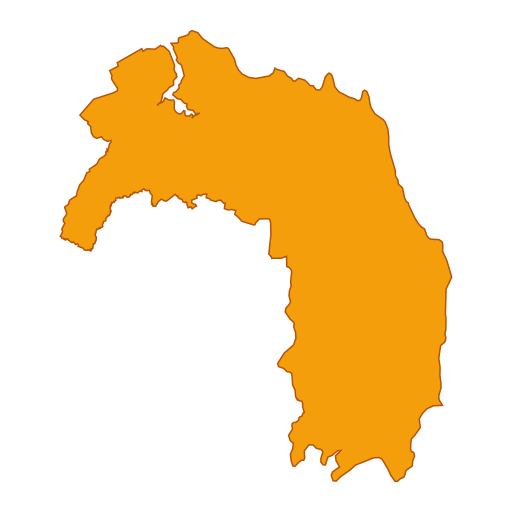 outline of Temeke, Dar-Es-Salaam, United Republic of Tanzania
{"feature_id": "72390352B94835751472469", "entity_name": "Temeke", "entity_type": "district", "adm_level": 2, "iso_a3": "TZA", "parent_name": "United Republic of Tanzania", "parent_adm1": "Dar-Es-Salaam", "projection": "robinson", "projection_center": [39.284, -6.996], "detail": "fine", "context": "isolated", "style": "filled", "palette": "amber", "viewbox_px": 512, "rotation_deg": 0, "n_neighbors": 0, "source": "geoboundaries", "source_scale": "gbopen_adm2", "svg_char_len": 5955}
<svg xmlns="http://www.w3.org/2000/svg" viewBox="0 0 512 512"><path d="M160.6,45.4L155.1,49.2L146.9,48.8L142.9,51.4L141.7,48.7L117.2,62.7L118.3,66.1L109.7,70.6L112.0,75.9L111.5,77.5L111.9,79.7L117.6,88.5L117.2,90.9L113.2,92.9L93.7,99.2L79.9,115.1L84.1,119.5L88.2,121.6L87.6,123.6L90.7,126.5L91.4,132.9L93.4,136.5L96.7,138.4L101.5,136.7L103.6,139.4L107.3,141.3L111.0,140.5L110.9,142.0L109.6,143.9L107.7,150.8L107.0,149.6L106.8,151.7L105.8,151.9L106.1,154.1L104.2,156.1L99.4,159.0L97.4,163.2L96.2,164.5L89.3,169.2L89.7,171.5L86.8,172.8L83.7,180.3L79.8,184.7L77.2,191.7L76.4,195.9L70.5,199.5L69.6,200.4L68.3,204.4L65.0,206.7L64.7,207.6L66.7,213.2L66.2,214.9L63.4,218.9L63.3,221.3L64.8,223.2L61.8,229.2L62.6,231.6L60.3,236.4L61.5,237.0L62.0,238.3L64.0,238.5L63.9,239.2L65.1,239.9L65.9,239.8L65.8,239.1L67.7,238.9L68.1,239.8L71.4,242.4L72.4,242.6L73.3,241.8L75.5,244.4L77.7,244.0L78.7,246.0L78.3,246.4L83.2,248.2L84.2,249.9L87.4,250.3L88.0,249.8L90.7,251.0L91.5,250.0L90.3,250.0L90.4,249.1L92.9,248.1L93.3,244.0L93.9,244.2L95.2,242.9L95.2,241.4L96.1,240.8L96.3,236.9L95.7,236.6L95.1,233.9L95.8,233.2L96.3,230.1L97.0,229.8L97.0,229.0L98.6,229.0L99.1,228.1L99.6,228.6L100.5,228.1L100.4,227.4L102.1,227.2L102.8,226.5L102.5,224.2L103.5,222.7L103.4,221.5L105.7,220.9L106.1,217.8L106.7,217.7L107.3,216.3L108.1,216.2L108.2,215.4L109.4,215.5L110.9,211.8L110.4,211.4L111.0,211.1L109.9,208.1L110.6,206.8L110.2,206.2L111.2,205.7L111.4,204.9L110.8,204.8L112.0,203.5L111.6,202.6L114.1,202.4L114.1,201.3L114.9,201.4L115.8,200.4L115.8,198.3L117.0,197.7L117.5,198.1L119.4,197.3L119.7,198.1L122.3,197.9L122.4,197.3L123.3,197.4L123.3,196.3L125.6,195.7L127.1,197.3L128.9,197.1L129.7,196.7L129.8,195.5L130.5,195.5L130.9,194.3L131.9,194.6L134.1,192.1L134.7,193.0L135.7,192.3L137.7,193.0L139.6,191.2L140.8,191.0L141.7,191.6L142.3,189.4L143.8,189.0L144.6,189.2L145.2,190.3L147.0,190.8L149.4,190.2L150.3,193.3L152.3,195.5L151.4,202.6L152.1,203.4L151.8,204.2L152.6,203.9L152.7,206.0L155.7,206.2L158.3,201.7L161.3,199.2L164.9,201.1L166.7,201.0L175.3,194.3L176.6,196.0L177.9,195.9L178.0,197.3L179.2,198.6L182.1,199.4L183.0,201.8L185.0,202.6L185.5,202.0L186.5,202.2L188.0,207.8L190.9,206.9L192.2,208.9L194.3,207.0L196.6,206.0L195.4,204.3L193.6,204.1L191.7,202.6L191.7,200.2L197.1,198.1L196.7,195.8L198.2,194.8L201.0,195.8L203.1,194.2L206.7,194.1L206.2,197.7L209.6,198.8L210.5,200.0L216.0,201.6L217.7,200.5L220.5,200.1L223.9,203.3L225.2,203.2L224.3,208.6L227.9,209.9L231.9,209.6L235.7,210.4L234.8,214.5L238.1,217.0L241.7,221.2L254.0,225.0L255.1,224.5L256.0,222.4L259.3,219.0L268.7,218.7L270.0,220.0L270.6,223.1L270.9,234.3L268.8,254.0L271.2,256.8L271.7,258.3L281.3,258.2L286.5,256.3L286.8,266.6L289.4,267.6L291.2,269.9L291.7,272.0L290.6,281.7L291.2,285.8L289.5,290.5L289.0,295.7L290.5,301.8L289.1,304.6L286.0,308.0L285.2,311.9L290.2,319.2L294.3,322.9L293.7,327.0L295.6,332.4L295.9,338.4L293.6,344.9L284.4,352.9L277.6,363.5L278.5,366.6L283.7,368.4L287.0,371.7L289.7,371.9L291.8,373.7L292.7,385.2L295.1,390.1L295.6,396.6L297.4,399.9L297.9,399.3L298.7,400.6L301.9,401.3L302.7,403.7L302.5,406.4L304.3,412.5L303.0,413.1L301.8,416.2L300.0,416.8L298.9,418.0L298.9,419.7L296.4,422.1L293.8,422.5L292.2,423.6L291.9,426.0L292.6,428.9L288.6,435.4L290.2,440.5L293.3,443.4L292.8,448.5L290.4,454.2L291.2,460.8L292.8,465.9L295.0,466.3L298.6,462.4L301.8,460.1L303.8,460.3L304.7,457.9L304.3,450.9L309.0,444.8L313.3,445.0L316.2,448.3L321.2,449.5L322.9,451.9L320.9,458.3L320.9,462.2L323.2,464.8L325.4,465.0L327.9,457.0L332.1,455.4L337.6,450.7L340.9,450.5L335.5,455.8L336.0,460.5L339.5,467.0L332.8,471.7L331.2,475.0L333.0,480.7L336.2,481.1L340.7,476.6L349.9,470.1L355.7,465.0L373.7,457.8L379.1,457.6L382.0,459.0L387.9,469.0L390.8,475.4L395.0,481.3L397.5,481.3L400.4,478.6L403.8,477.2L405.0,474.5L405.8,470.6L412.2,466.1L412.8,460.6L414.6,456.1L413.7,452.4L411.5,451.6L410.6,449.0L410.8,443.1L411.5,438.8L415.1,434.9L420.3,427.5L419.2,418.9L422.5,413.4L427.0,408.7L433.3,405.8L442.5,405.4L439.0,399.7L438.8,395.8L441.0,387.8L441.0,383.8L439.9,375.4L440.1,367.4L438.8,358.2L440.6,345.6L444.6,342.3L445.6,339.8L445.8,337.2L444.9,334.5L445.8,329.6L446.0,318.4L445.4,314.3L446.1,289.0L451.7,277.1L446.8,260.5L442.7,251.6L442.7,244.0L442.1,241.8L439.1,239.7L430.8,239.1L428.6,238.1L426.8,235.6L424.5,228.9L421.0,226.7L417.8,222.8L414.6,217.5L408.6,204.8L408.4,203.0L406.4,201.6L404.6,198.1L402.5,187.9L398.3,184.0L398.0,180.3L395.6,176.2L395.2,170.3L390.2,153.1L388.7,144.4L388.7,137.0L387.8,128.8L385.3,122.3L383.5,119.9L375.0,113.9L371.2,108.0L370.0,103.9L368.9,96.6L366.7,91.3L364.4,90.2L362.8,91.5L361.5,97.8L359.9,100.5L357.0,100.5L354.8,98.8L349.6,97.4L339.0,91.9L337.2,89.9L334.8,86.6L332.5,76.8L331.2,74.3L329.8,73.3L328.5,73.3L325.3,76.8L322.4,86.6L320.4,89.5L318.5,90.1L315.9,89.5L313.2,85.8L310.2,85.6L304.8,80.1L298.6,78.3L294.7,81.3L292.7,80.5L291.6,78.3L287.3,76.0L284.4,71.5L276.5,69.3L275.0,68.1L273.2,73.0L270.4,74.8L269.9,75.8L255.9,78.4L249.0,77.5L242.2,74.1L238.6,70.0L235.9,64.8L234.6,59.4L228.7,48.9L227.1,47.7L222.1,48.4L218.3,48.1L214.3,46.8L202.5,38.5L197.7,32.6L192.1,30.7L190.1,31.4L188.7,34.0L186.7,35.4L179.3,37.7L178.4,38.5L178.4,41.9L177.6,43.1L171.0,43.3L173.5,46.6L173.5,49.1L177.4,57.6L176.2,59.9L178.9,63.5L180.9,64.5L181.9,66.6L184.3,75.9L181.3,80.8L180.9,83.1L178.8,84.9L179.1,88.0L176.1,91.6L173.6,92.7L172.8,94.8L177.6,98.8L180.7,99.3L184.2,103.1L187.2,104.1L186.5,106.7L188.1,109.6L192.9,110.3L196.0,114.2L199.8,112.9L197.3,114.7L194.7,115.2L191.9,118.3L192.7,116.6L192.5,114.8L191.1,114.1L189.5,116.1L185.9,115.9L185.0,115.0L184.8,111.0L183.7,110.7L181.6,113.4L180.2,114.0L178.3,113.6L176.1,112.1L174.5,109.9L174.1,105.8L174.5,102.0L173.7,100.0L169.5,100.2L165.0,97.9L163.2,101.7L158.5,104.0L157.5,105.6L157.8,104.4L161.2,101.6L162.9,93.7L167.0,90.3L169.3,87.4L173.7,84.9L173.5,80.5L177.0,76.7L176.2,75.4L176.6,74.7L176.2,73.4L175.4,73.0L173.8,68.9L174.6,66.3L174.2,64.3L169.1,51.2L163.5,46.2L161.8,46.5L160.6,45.4Z" fill="#f59e0b" stroke="#b45309" stroke-width="1.5"/></svg>